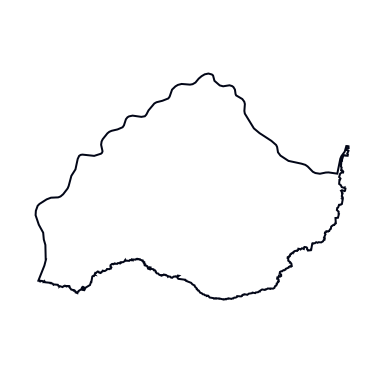 Cabrera, María Trinidad Sánchez, Dominican Republic (Robinson projection), rotated 100°
{"feature_id": "3306468B70752003572919", "entity_name": "Cabrera", "entity_type": "district", "adm_level": 2, "iso_a3": "DOM", "parent_name": "Dominican Republic", "parent_adm1": "María Trinidad Sánchez", "projection": "robinson", "projection_center": [-69.932, 19.577], "detail": "fine", "context": "isolated", "style": "outline", "palette": "ink", "viewbox_px": 384, "rotation_deg": 100, "n_neighbors": 0, "source": "geoboundaries", "source_scale": "gbopen_adm2", "svg_char_len": 5939}
<svg xmlns="http://www.w3.org/2000/svg" viewBox="0 0 384 384"><g transform="rotate(100 192 192)"><path d="M290.1,324.6L306.0,327.9L306.0,326.3L306.4,326.3L306.4,325.9L305.7,325.9L305.7,323.2L306.4,322.8L306.0,322.4L306.4,322.0L306.4,321.3L306.0,321.3L306.4,320.9L306.0,315.4L306.4,315.4L306.4,313.4L307.4,312.3L307.0,311.9L306.7,308.0L307.7,307.2L307.7,306.0L308.1,306.0L307.7,305.6L308.1,302.9L307.0,302.1L306.7,300.5L306.4,300.5L306.7,299.4L306.4,299.4L306.0,297.0L306.4,297.0L306.4,296.2L307.0,296.2L309.1,293.9L309.1,291.6L309.4,291.6L309.4,290.8L309.8,290.8L309.8,290.0L310.4,289.2L311.1,289.2L311.5,287.3L310.4,287.3L309.8,286.5L309.1,286.5L307.0,284.1L305.0,283.7L304.3,283.0L304.7,281.8L305.3,281.4L306.0,282.2L307.4,282.6L307.4,281.0L304.7,280.2L301.3,276.3L298.2,275.9L298.2,275.5L292.5,275.5L291.8,274.8L291.8,274.0L290.4,273.6L290.4,273.2L290.1,273.6L288.4,273.2L288.4,272.4L286.7,271.2L286.7,270.1L287.4,269.7L287.7,268.1L287.0,267.3L286.3,267.3L285.7,266.2L285.0,266.2L285.0,264.2L283.6,262.6L282.6,262.3L282.3,259.9L281.6,259.5L281.6,258.7L280.2,258.3L279.2,259.5L278.2,259.5L276.8,258.3L276.8,257.2L276.5,257.2L276.2,255.6L275.8,255.6L275.8,253.3L274.8,252.5L274.8,250.5L274.1,250.5L274.1,249.8L273.5,249.8L273.1,247.8L271.8,246.2L271.1,246.2L271.1,245.5L270.7,245.5L271.1,245.1L270.7,241.9L269.7,241.2L269.7,239.6L269.0,239.6L269.4,238.4L268.7,238.4L268.4,235.7L267.7,235.3L267.7,234.1L267.3,234.1L267.3,231.8L267.7,231.8L268.0,228.7L268.7,228.7L269.0,227.5L269.7,227.5L269.7,226.7L270.7,226.7L271.1,225.9L271.4,226.3L272.4,225.9L272.8,223.2L275.1,222.0L275.5,219.7L274.8,219.3L273.8,220.8L273.5,220.8L273.5,219.7L274.1,219.7L274.8,218.9L274.8,216.5L275.5,216.1L275.5,215.4L275.8,215.4L275.8,214.6L276.5,213.8L277.2,213.8L278.2,212.6L278.2,211.1L279.2,209.9L279.6,207.9L279.2,207.9L279.2,206.8L278.9,206.8L278.5,205.2L278.2,205.2L278.2,203.6L278.5,203.6L278.9,201.3L279.6,200.9L279.2,200.5L279.2,198.6L279.9,197.8L279.9,196.6L278.5,195.4L278.2,193.5L277.9,193.5L277.9,191.9L276.8,191.5L276.8,190.4L277.9,191.5L278.9,191.5L279.9,190.4L279.6,183.7L279.9,183.7L280.2,182.2L280.6,182.2L281.6,177.1L282.9,175.5L283.6,173.2L284.6,172.8L286.3,170.4L287.0,170.4L287.4,169.3L288.0,168.9L288.0,168.1L289.7,166.5L290.1,164.6L290.8,163.8L290.8,162.2L291.4,161.4L291.4,159.1L291.8,159.1L291.4,157.9L292.8,156.4L292.8,151.7L293.1,151.7L292.8,149.7L292.4,149.7L292.4,146.6L292.1,146.6L292.4,142.3L292.1,142.3L291.8,140.0L291.4,140.0L290.8,137.6L290.4,137.6L290.4,134.5L289.7,133.7L289.7,132.9L288.7,132.1L288.4,130.6L287.4,129.4L286.7,129.4L286.3,125.5L285.7,124.7L285.0,124.7L284.3,123.9L284.3,123.2L283.6,122.8L283.6,119.6L282.3,118.5L281.2,115.3L280.6,115.0L280.6,112.2L279.9,111.8L279.2,109.5L278.5,109.1L278.2,107.9L277.5,107.9L275.8,106.0L275.8,103.2L275.1,102.8L275.1,102.1L273.8,100.5L273.8,98.1L273.4,98.1L273.1,95.4L272.1,94.2L270.4,93.9L269.4,92.7L267.7,92.7L267.7,92.3L265.6,91.9L265.6,91.5L264.6,91.5L264.6,91.1L263.3,91.5L262.6,92.3L262.6,93.1L261.2,93.1L260.9,91.9L259.5,91.9L259.9,90.3L259.2,89.6L257.8,89.9L257.2,91.5L255.5,91.5L254.5,90.3L254.5,89.6L253.1,88.4L253.1,87.6L252.1,86.4L251.4,86.4L249.7,83.7L249.0,83.7L248.4,82.9L248.4,82.1L248.0,82.1L248.0,81.4L247.3,81.4L247.3,81.0L245.3,81.7L244.6,82.5L244.6,83.3L243.9,83.3L242.9,85.3L240.9,85.6L240.5,86.4L239.5,86.4L239.2,85.3L238.5,85.3L238.2,84.5L236.5,84.5L236.1,83.7L235.5,83.7L234.8,82.9L234.8,82.1L234.1,82.1L233.8,81.4L233.1,81.4L232.1,80.2L231.7,78.2L231.1,78.2L230.7,77.4L229.4,77.4L229.4,75.5L229.7,75.1L228.3,73.9L228.7,72.0L227.0,72.0L226.6,71.6L226.6,69.6L227.3,68.8L228.3,68.8L229.0,68.1L229.0,67.3L229.4,67.3L228.7,64.9L228.0,64.9L228.0,64.6L222.2,64.6L222.2,64.2L221.5,64.2L221.2,62.2L219.9,61.0L220.2,59.5L219.5,58.7L219.2,56.0L217.8,54.4L216.5,54.0L216.1,53.2L214.8,53.2L214.8,53.6L213.8,53.6L213.8,54.0L210.4,53.2L209.7,54.0L208.7,54.0L208.0,52.8L207.3,52.8L207.3,51.3L207.0,51.3L206.6,50.1L204.9,49.7L204.2,48.9L201.9,48.9L200.2,47.4L199.8,46.2L199.2,46.2L198.5,45.4L197.5,45.4L197.5,45.0L192.7,46.2L192.0,43.8L188.3,43.5L188.3,43.8L185.9,44.2L184.6,46.2L182.5,46.2L181.9,45.4L179.2,45.0L179.2,44.2L178.5,43.8L178.5,43.1L177.8,42.3L172.7,42.3L172.7,42.7L171.7,42.7L171.7,43.1L171.0,42.7L170.0,43.8L167.6,43.5L167.6,43.8L166.9,43.8L166.9,44.2L165.6,44.6L164.9,45.4L164.2,44.6L164.6,41.9L164.2,41.5L161.9,41.5L161.5,42.7L161.2,42.7L161.5,43.1L161.2,45.4L159.5,46.6L158.5,48.5L154.7,48.9L154.7,48.5L153.0,48.1L151.7,49.7L148.3,49.3L146.9,48.1L146.6,46.6L145.6,46.6L144.9,47.4L144.9,48.1L144.6,48.1L144.6,48.9L141.8,48.9L141.2,49.7L137.1,50.1L137.1,50.5L135.1,50.1L135.1,49.7L133.0,50.1L133.0,49.7L129.6,49.3L129.3,48.9L129.3,47.8L129.6,47.8L129.3,45.0L127.9,45.0L127.3,45.8L124.2,45.0L123.9,45.4L123.9,47.8L122.2,47.8L121.5,45.4L119.8,45.8L119.8,47.8L119.1,47.9L125.7,48.6L130.8,51.1L133.4,51.7L148.7,52.1L149.0,60.9L149.6,63.6L151.8,69.2L151.9,73.8L151.1,76.5L146.8,82.5L145.6,85.1L145.1,89.1L144.6,102.4L140.8,111.2L138.0,114.2L132.9,116.0L131.1,117.3L127.8,122.8L122.3,135.7L118.6,142.1L105.6,153.6L103.1,154.5L96.2,155.2L94.0,156.2L91.7,158.6L89.2,165.3L88.0,166.1L83.7,167.5L81.4,169.5L80.7,171.0L80.4,173.6L82.5,179.7L82.2,183.2L78.6,189.2L73.6,191.5L72.8,192.9L72.5,196.4L73.9,199.9L76.3,202.7L79.2,205.1L83.6,207.6L85.7,210.1L86.6,212.6L87.4,221.0L89.0,224.5L90.9,226.7L94.6,229.4L102.0,230.6L104.0,231.6L107.3,237.0L109.8,242.6L111.4,244.5L119.2,249.0L123.7,250.4L125.6,251.6L126.8,254.9L127.1,263.8L128.5,267.2L129.6,268.5L131.8,269.7L138.2,270.6L140.3,271.6L143.3,276.2L145.7,281.8L147.1,283.9L148.9,285.5L155.5,289.1L157.9,289.8L161.3,289.7L167.4,287.2L168.9,287.4L170.1,288.3L173.4,294.6L174.2,306.4L174.8,308.1L176.0,309.4L179.3,310.3L190.0,310.7L197.0,313.6L207.5,314.5L210.1,315.1L216.6,318.5L219.2,320.7L220.5,322.8L222.1,329.9L224.5,333.9L230.2,340.1L232.4,341.6L237.6,342.5L242.0,342.0L250.8,337.2L257.9,331.5L264.5,329.7L269.6,327.2L283.6,324.4L283.6,324.1L290.1,324.6Z" fill="none" stroke="#020617" stroke-width="2"/></g></svg>